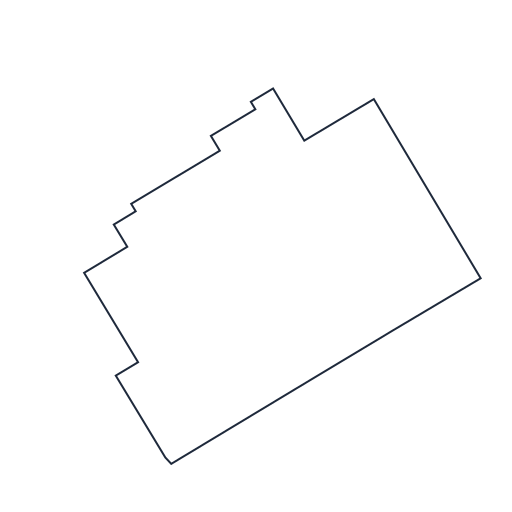 Comanche, Oklahoma, United States of America, rotated 149°
{"feature_id": "52423323B36141291253557", "entity_name": "Comanche", "entity_type": "district", "adm_level": 2, "iso_a3": "USA", "parent_name": "United States of America", "parent_adm1": "Oklahoma", "projection": "orthographic", "projection_center": [-98.458, 34.631], "detail": "fine", "context": "isolated", "style": "outline", "palette": "slate", "viewbox_px": 512, "rotation_deg": 149, "n_neighbors": 0, "source": "geoboundaries", "source_scale": "gbopen_adm2", "svg_char_len": 439}
<svg xmlns="http://www.w3.org/2000/svg" viewBox="0 0 512 512"><g transform="rotate(149 256 256)"><path d="M176.4,121.7L74.9,121.2L74.4,277.6L74.2,329.8L143.6,330.0L155.2,330.0L155.1,390.8L181.0,390.8L181.0,382.1L232.8,382.2L232.8,364.9L336.1,365.0L336.1,356.3L361.7,356.2L361.6,330.2L412.0,330.1L411.8,225.7L437.8,225.7L437.5,130.0L435.7,121.5L290.8,121.7L213.0,121.7L176.4,121.7Z" fill="none" stroke="#1e293b" stroke-width="2"/></g></svg>